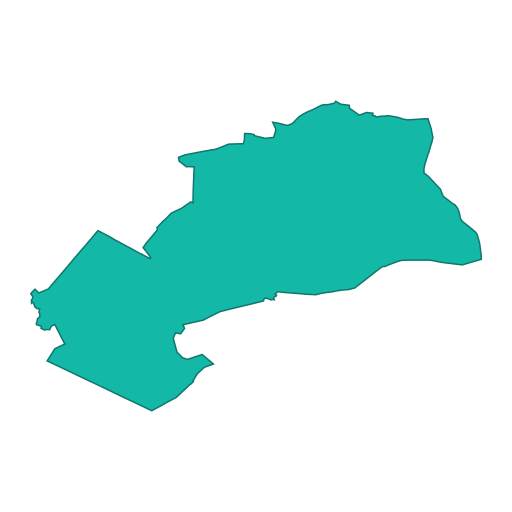 Briežuciema pag., Baltinavas, Latvia (Natural Earth projection)
{"feature_id": "27541924B17753887700390", "entity_name": "Briežuciema pag.", "entity_type": "district", "adm_level": 2, "iso_a3": "LVA", "parent_name": "Latvia", "parent_adm1": "Baltinavas", "projection": "natural_earth1", "projection_center": [27.554, 56.968], "detail": "fine", "context": "isolated", "style": "filled", "palette": "teal", "viewbox_px": 512, "rotation_deg": 0, "n_neighbors": 0, "source": "geoboundaries", "source_scale": "gbopen_adm2", "svg_char_len": 5680}
<svg xmlns="http://www.w3.org/2000/svg" viewBox="0 0 512 512"><path d="M424.8,164.6L425.7,161.7L428.1,154.0L428.2,153.9L428.7,152.7L430.3,147.0L431.9,142.0L432.9,137.6L431.9,132.5L431.7,131.5L431.1,128.4L429.2,122.7L428.0,118.7L422.7,118.9L418.7,119.2L415.5,119.4L407.6,119.9L402.1,118.9L401.9,118.8L401.5,118.5L401.1,118.4L397.7,117.3L388.6,115.7L382.8,116.2L381.2,116.2L380.3,116.3L377.6,116.8L375.9,116.9L375.7,116.5L375.3,116.2L374.9,115.9L374.0,115.6L373.6,115.6L372.7,115.6L372.4,115.6L373.0,113.2L372.6,113.2L367.5,112.6L367.2,112.5L366.6,112.5L366.1,112.7L365.4,112.9L365.2,113.0L362.2,114.1L359.1,115.1L356.8,113.4L349.5,108.2L349.3,105.3L340.8,104.2L335.7,101.3L335.2,101.9L335.1,102.0L334.9,102.6L334.7,102.8L334.5,103.0L334.2,103.1L333.8,103.3L333.2,103.5L332.9,103.6L332.6,103.6L332.3,103.6L332.0,103.6L331.3,103.7L331.1,103.8L330.6,104.2L326.7,104.7L324.7,104.6L321.5,105.2L312.6,109.7L310.7,110.5L307.6,111.8L302.8,114.3L299.3,116.5L297.1,118.7L295.6,120.2L294.2,121.7L294.2,121.8L292.2,123.6L287.7,125.4L286.7,125.3L279.6,123.5L273.7,122.4L272.7,122.2L274.1,125.4L275.5,128.2L275.7,129.6L275.4,131.7L274.5,134.6L273.6,137.4L269.0,137.9L268.5,138.0L265.5,138.4L254.8,135.8L254.2,135.4L254.1,134.6L250.2,133.7L244.7,133.5L244.5,136.2L244.5,136.3L244.4,139.3L243.9,142.2L243.3,143.7L235.9,143.9L229.6,144.1L228.3,144.2L223.5,146.2L218.6,148.2L214.3,149.6L211.4,149.9L208.3,150.5L205.2,151.0L200.4,151.9L196.0,152.7L191.6,153.6L188.3,154.2L185.0,154.9L184.9,154.9L181.7,156.1L178.5,157.3L179.1,161.1L182.7,163.9L186.4,166.8L188.6,166.6L194.2,166.9L193.9,171.9L193.7,177.8L193.3,187.3L193.1,194.3L193.0,202.8L190.8,201.9L186.4,204.9L182.1,207.9L181.3,208.4L178.5,209.7L176.4,210.7L171.4,213.1L169.2,215.3L167.0,217.6L165.1,219.4L163.1,221.2L160.0,224.4L156.9,227.7L157.4,229.8L155.1,232.5L153.3,234.7L151.4,237.0L148.6,240.3L145.8,243.7L144.4,245.7L143.1,247.7L144.9,249.9L146.7,252.1L150.8,257.7L149.9,258.6L141.5,254.1L139.1,253.0L135.0,250.7L130.9,248.4L124.6,245.1L118.4,241.7L114.9,239.9L111.1,237.5L104.5,234.1L98.0,230.6L95.8,233.1L93.7,235.7L89.5,240.6L85.3,245.6L81.1,250.4L77.0,255.2L72.8,260.1L68.6,265.1L64.5,270.0L60.3,274.9L58.7,276.8L57.0,278.7L54.3,281.9L51.3,285.4L48.3,289.0L45.6,290.1L42.8,291.3L38.9,293.0L35.0,289.2L33.3,290.8L30.7,293.8L32.3,295.9L33.0,297.5L31.4,300.3L31.6,303.2L32.7,302.3L33.7,303.6L34.8,306.8L36.8,308.5L39.7,308.9L38.9,312.2L40.0,314.4L39.7,315.2L39.8,316.4L39.8,316.9L37.5,318.7L37.1,321.2L36.2,324.1L36.8,324.8L38.5,325.3L40.0,325.8L41.2,326.1L41.3,326.2L41.5,326.4L41.0,328.1L41.0,328.3L41.7,328.7L44.4,330.0L44.6,330.1L45.8,329.6L46.9,329.5L49.3,329.7L49.7,329.7L50.8,327.2L51.1,326.7L51.2,326.3L52.4,325.7L54.3,324.7L54.8,324.6L56.2,327.1L57.6,330.1L59.0,332.7L60.3,335.2L61.3,337.3L62.7,340.0L64.6,343.6L65.0,343.9L59.9,346.3L54.9,348.7L51.8,353.6L48.7,358.5L47.1,360.9L56.9,365.5L68.3,370.9L79.9,376.5L85.8,379.3L91.8,382.1L95.2,383.7L98.5,385.3L105.2,388.5L111.9,391.7L118.1,394.7L124.3,397.7L130.7,400.7L137.1,403.7L146.5,408.2L151.7,410.7L152.2,410.5L157.3,407.7L161.1,405.7L164.3,403.9L164.9,403.5L170.1,400.7L175.3,397.9L176.1,397.5L176.6,397.1L177.2,396.6L183.1,391.0L189.4,385.0L189.8,384.7L190.7,384.2L193.1,381.9L193.4,381.6L193.4,381.2L193.2,380.7L193.1,380.4L193.4,380.3L196.9,374.4L196.7,374.3L199.8,371.5L201.1,370.2L202.6,368.9L203.8,367.7L204.2,367.4L204.5,367.3L205.2,367.0L205.7,366.8L208.5,365.8L211.4,364.8L213.4,364.1L213.3,363.9L213.1,363.7L210.4,361.4L207.7,359.2L205.0,356.9L202.3,354.6L202.2,354.5L199.5,355.4L194.6,357.0L191.0,358.2L187.5,359.4L182.7,357.8L179.9,355.0L177.1,352.3L176.2,349.3L175.7,347.4L175.4,346.2L174.3,342.2L173.3,338.1L174.4,335.5L175.6,332.9L180.6,333.8L182.0,331.9L184.5,328.5L183.1,324.7L183.8,324.5L184.5,324.4L187.9,323.6L197.7,321.4L200.7,320.7L203.1,320.2L211.6,315.8L217.2,313.0L218.3,312.5L219.9,311.7L223.3,310.8L227.3,309.8L229.6,309.2L235.0,307.9L240.7,306.5L242.9,306.0L246.5,305.1L250.0,304.3L253.3,303.5L256.8,302.6L261.7,301.4L263.4,301.0L263.6,300.8L263.8,299.9L264.1,298.9L264.7,298.4L265.7,298.2L266.1,298.2L266.4,298.3L266.9,298.4L269.1,299.0L270.9,299.9L271.1,299.9L271.4,299.8L272.3,299.6L273.7,299.6L274.3,299.7L273.9,298.6L273.7,298.3L273.7,297.9L273.7,297.5L274.2,297.0L276.5,295.8L276.6,295.4L275.1,293.9L275.4,293.8L277.7,291.7L285.0,292.5L291.3,293.0L294.5,293.2L307.2,294.3L312.0,294.5L315.2,294.7L315.9,294.7L321.0,293.4L327.2,292.4L329.0,292.3L332.0,291.8L333.0,291.7L336.4,290.9L341.8,290.1L348.8,289.5L354.7,288.0L356.1,286.9L356.4,286.6L356.8,286.3L359.9,284.0L363.0,281.6L370.4,275.8L375.7,271.6L377.5,270.2L382.0,266.9L382.5,266.7L383.9,266.5L384.1,266.4L385.1,266.5L385.4,266.4L389.4,264.5L389.5,264.5L398.6,261.1L399.1,261.1L401.2,260.4L409.3,260.1L428.4,260.1L429.4,260.1L433.9,260.8L436.2,261.3L440.5,262.2L442.0,262.4L444.2,262.7L453.1,263.8L459.1,264.5L462.3,264.9L474.1,261.4L480.9,259.4L481.3,259.3L481.3,256.7L481.2,255.4L481.0,254.2L480.7,252.0L480.4,248.8L480.1,246.6L479.6,243.3L479.4,242.2L478.9,240.5L478.2,238.1L477.6,236.2L477.2,234.9L476.9,234.1L476.4,233.3L475.8,232.5L475.2,231.8L474.5,231.2L471.5,228.7L470.2,227.7L469.0,226.6L467.6,225.5L465.6,223.9L464.5,223.1L463.5,222.3L462.5,221.4L461.9,220.8L461.3,219.9L461.0,219.4L460.6,218.7L460.2,217.5L460.0,216.3L459.8,215.1L459.6,214.3L459.4,213.1L459.2,212.5L458.8,211.3L458.5,210.5L457.9,209.2L457.4,208.1L456.6,206.9L456.3,206.5L455.4,205.4L454.6,204.6L454.5,204.4L454.1,204.4L453.1,203.9L444.8,197.5L444.4,197.2L443.1,196.2L440.8,190.3L440.7,189.6L439.9,188.7L438.4,187.1L434.7,183.2L432.7,181.0L430.4,178.5L429.3,177.3L428.3,176.3L427.0,175.2L425.7,174.2L423.9,173.0L424.1,172.8L423.9,169.3L424.8,164.6Z" fill="#14b8a6" stroke="#0f766e" stroke-width="1.5"/></svg>